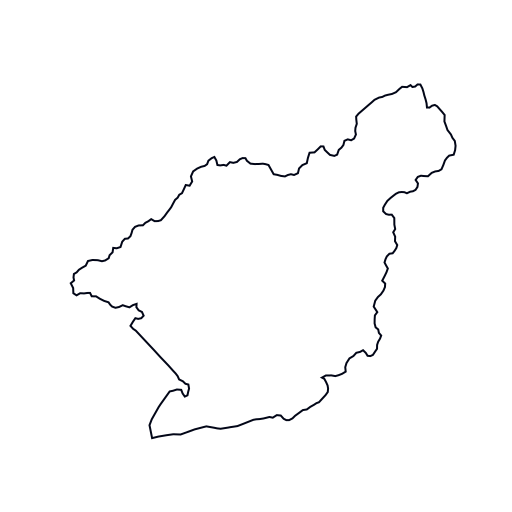 outline of Petrópolis, Rio de Janeiro, Brazil, rotated 10°
{"feature_id": "56859067B4372089958802", "entity_name": "Petrópolis", "entity_type": "district", "adm_level": 2, "iso_a3": "BRA", "parent_name": "Brazil", "parent_adm1": "Rio de Janeiro", "projection": "natural_earth1", "projection_center": [-43.152, -22.388], "detail": "fine", "context": "isolated", "style": "outline", "palette": "ink", "viewbox_px": 512, "rotation_deg": 10, "n_neighbors": 0, "source": "geoboundaries", "source_scale": "gbopen_adm2", "svg_char_len": 4205}
<svg xmlns="http://www.w3.org/2000/svg" viewBox="0 0 512 512"><g transform="rotate(10 256 256)"><path d="M252.5,164.2L249.4,163.9L246.7,163.9L243.2,164.8L238.7,165.7L234.5,166.0L230.5,163.8L228.6,161.5L225.8,161.9L223.3,163.5L220.9,166.7L217.5,168.2L214.0,168.1L211.2,172.2L208.4,171.9L205.0,173.0L202.2,173.1L200.4,168.9L197.8,165.7L195.3,167.4L192.6,170.4L191.9,174.1L189.8,176.2L186.4,177.7L182.9,180.1L179.4,183.6L178.1,188.9L180.2,193.7L178.4,198.3L174.5,198.3L173.4,202.6L172.2,207.0L169.8,209.0L168.7,212.2L166.6,214.7L165.3,218.6L164.0,222.7L162.6,225.5L161.0,228.5L159.0,232.7L156.1,237.3L153.5,238.6L150.1,239.3L146.4,237.9L143.9,240.5L141.3,242.5L139.3,245.4L135.1,246.3L131.8,248.3L129.8,251.6L129.5,254.9L128.9,258.3L126.9,261.0L123.9,261.8L121.8,265.1L121.0,270.7L117.4,272.6L114.0,272.8L114.1,277.3L111.7,280.6L111.3,283.8L108.2,286.6L105.2,287.9L101.0,287.6L95.7,288.3L91.4,290.1L90.0,295.1L86.8,297.7L84.0,300.3L82.2,303.3L79.8,305.3L80.0,308.8L81.1,311.7L78.3,315.0L81.5,319.3L82.6,324.4L86.1,325.9L89.3,323.2L93.2,322.7L96.3,321.7L99.0,321.2L101.2,324.2L105.5,323.5L109.6,325.2L114.3,326.6L118.8,327.2L120.9,329.3L123.1,330.8L126.6,331.4L130.0,330.0L133.3,327.6L136.3,328.1L140.3,328.5L143.4,325.7L146.7,323.9L147.1,327.2L149.9,329.9L153.4,330.9L155.7,334.3L153.8,337.2L150.9,338.4L148.0,338.2L146.3,341.9L144.5,346.6L147.7,349.1L150.6,350.4L166.7,362.5L171.8,366.3L179.3,372.1L188.7,379.0L194.0,383.2L197.2,385.6L199.7,387.9L201.7,390.9L205.8,392.1L208.7,394.1L211.7,394.3L213.1,398.2L212.8,401.4L212.7,405.1L210.3,406.8L207.6,404.1L205.6,400.8L201.3,401.2L197.7,403.1L194.5,404.4L187.8,418.4L186.4,421.6L181.7,434.9L180.5,441.1L185.3,453.4L191.2,450.8L198.8,448.1L205.5,445.9L212.7,444.9L225.7,437.4L234.0,433.6L236.7,432.4L244.6,432.4L247.7,432.5L251.1,432.3L254.9,431.0L258.1,429.9L260.5,429.0L263.8,427.9L267.3,426.7L272.9,423.3L281.8,417.8L284.5,416.8L287.8,416.0L291.6,414.7L294.3,413.5L297.2,412.2L300.6,412.3L304.1,409.1L308.1,408.8L311.5,411.5L314.4,412.4L317.1,411.9L320.1,409.6L322.3,406.5L325.4,403.3L328.9,399.6L332.7,398.3L335.7,395.1L339.0,392.4L341.1,390.4L343.4,389.1L345.7,385.5L348.6,381.0L350.3,377.5L350.0,374.0L349.0,371.1L346.9,368.0L344.6,365.1L342.1,364.3L345.6,361.5L351.1,360.5L355.0,360.5L358.1,359.0L361.2,357.1L364.4,354.3L363.2,350.0L363.7,345.7L365.8,340.6L369.3,337.6L371.6,333.9L375.1,332.4L377.8,330.2L381.0,332.4L383.2,334.9L386.0,334.7L388.3,333.1L390.0,329.2L391.3,326.4L390.7,322.5L391.2,319.2L392.5,315.8L393.1,312.6L390.4,310.4L389.1,307.1L386.2,305.5L384.5,301.8L383.8,297.5L383.4,293.8L385.2,290.2L380.7,285.4L381.2,279.3L383.2,275.2L385.6,272.1L387.5,268.0L388.4,264.2L388.0,260.7L384.6,258.4L386.2,253.3L387.3,249.4L388.0,245.4L385.9,242.9L383.7,240.1L384.1,236.7L384.9,233.7L387.0,230.6L390.1,229.6L391.5,227.0L392.8,223.9L393.2,220.7L390.3,217.3L389.7,212.8L387.0,208.8L388.4,205.3L386.8,201.1L385.6,194.6L382.5,191.7L379.6,192.3L376.8,192.1L373.5,189.9L372.9,186.4L374.0,183.1L375.8,178.9L378.5,175.4L380.9,172.7L383.0,170.4L385.6,168.5L388.3,167.7L391.0,167.4L393.7,168.0L396.7,165.9L399.3,165.0L401.6,163.2L403.0,160.0L402.9,156.4L400.0,153.4L401.6,150.0L404.5,148.3L407.5,148.1L411.5,147.6L414.6,143.6L417.8,141.6L421.1,140.5L423.6,138.4L424.7,133.8L425.5,129.1L427.0,126.1L428.8,123.6L433.1,121.9L433.7,117.2L433.4,112.8L431.8,108.2L428.9,105.5L426.9,102.5L422.7,98.7L420.6,94.9L418.2,90.8L417.3,84.4L414.3,81.8L411.9,79.9L408.4,77.1L405.9,76.2L403.3,77.4L401.1,79.7L398.6,80.1L397.4,75.9L395.8,72.3L393.9,68.7L392.5,65.5L390.7,62.0L388.1,58.6L385.3,59.0L383.3,61.5L380.7,62.4L378.5,60.9L375.4,63.5L370.5,64.0L368.3,66.5L365.4,70.4L361.8,72.8L357.8,74.4L355.2,75.6L352.8,77.4L349.7,78.6L345.6,81.6L343.1,84.8L340.6,87.8L336.7,92.6L332.3,98.0L330.4,101.3L331.1,104.3L332.3,108.3L331.7,112.4L332.0,115.7L333.3,119.0L332.2,123.3L329.6,125.5L326.1,125.2L323.1,127.2L322.8,131.5L321.3,134.5L319.1,137.1L318.3,142.1L315.8,143.8L311.3,143.6L307.8,141.3L305.3,139.6L303.4,136.4L300.7,136.8L298.4,140.1L295.6,143.8L290.8,145.0L290.1,150.4L289.9,155.8L285.9,158.4L283.2,162.3L282.9,167.2L279.4,169.6L276.2,169.4L273.3,170.7L270.7,172.6L266.7,172.8L262.9,172.4L259.2,172.4L252.5,164.2Z" fill="none" stroke="#020617" stroke-width="2"/></g></svg>